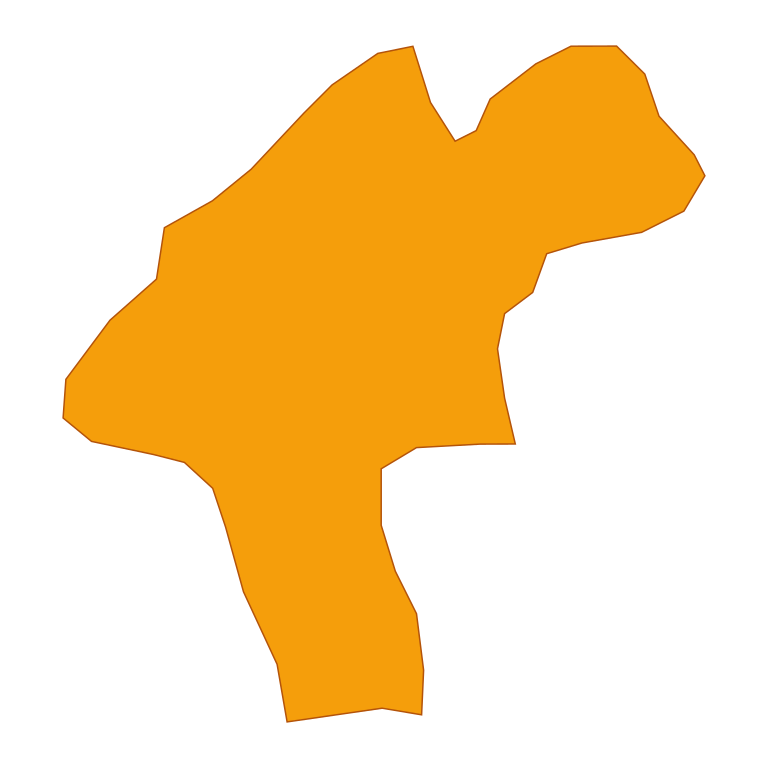 the district of Gothenburg, Västra Götaland, Sweden
{"feature_id": "70781695B76264906816615", "entity_name": "Gothenburg", "entity_type": "district", "adm_level": 2, "iso_a3": "SWE", "parent_name": "Sweden", "parent_adm1": "Västra Götaland", "projection": "orthographic", "projection_center": [12.014, 57.721], "detail": "fine", "context": "isolated", "style": "filled", "palette": "amber", "viewbox_px": 768, "rotation_deg": 0, "n_neighbors": 0, "source": "geoboundaries", "source_scale": "gbopen_adm2", "svg_char_len": 755}
<svg xmlns="http://www.w3.org/2000/svg" viewBox="0 0 768 768"><path d="M421.6,714.8L423.6,670.2L416.5,613.7L395.3,571.2L381.2,525.3L381.2,468.8L416.5,447.6L480.0,444.1L513.8,444.0L515.3,444.0L504.6,398.2L497.5,348.8L504.6,313.6L532.7,292.4L546.7,253.7L581.9,243.0L641.7,232.3L660.2,223.0L683.9,211.1L704.9,175.8L694.2,154.8L659.0,116.2L644.8,74.1L616.6,46.1L613.9,46.1L571.0,46.2L535.9,63.8L490.2,99.0L476.2,130.6L455.1,141.2L430.5,102.5L413.5,48.2L412.9,46.3L377.8,53.4L332.1,84.9L304.0,113.0L251.2,169.2L212.4,200.8L164.4,227.7L156.5,279.1L110.0,320.2L65.9,379.3L63.1,418.0L91.5,441.4L153.4,454.5L184.4,462.4L212.7,488.3L225.6,527.1L243.5,591.8L277.1,664.3L287.1,721.9L382.0,708.2L421.6,714.8Z" fill="#f59e0b" stroke="#b45309" stroke-width="1.5"/></svg>